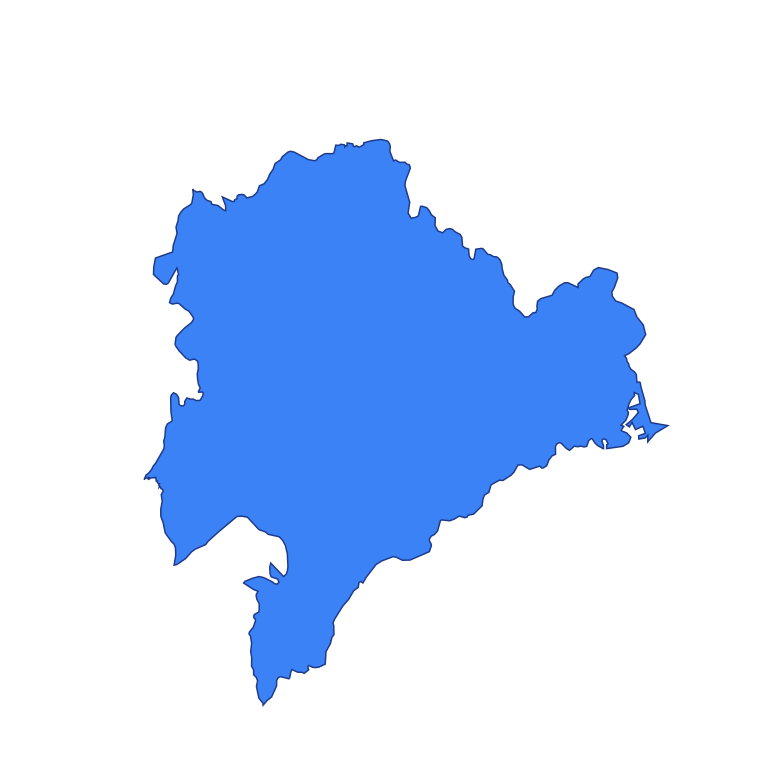 Betioky Atsimo, Atsimo-Andrefana, Madagascar (Robinson projection), rotated 338°
{"feature_id": "10022922B63491232053463", "entity_name": "Betioky Atsimo", "entity_type": "district", "adm_level": 2, "iso_a3": "MDG", "parent_name": "Madagascar", "parent_adm1": "Atsimo-Andrefana", "projection": "robinson", "projection_center": [44.506, -23.693], "detail": "fine", "context": "isolated", "style": "filled", "palette": "blue", "viewbox_px": 768, "rotation_deg": 338, "n_neighbors": 0, "source": "geoboundaries", "source_scale": "gbopen_adm2", "svg_char_len": 6171}
<svg xmlns="http://www.w3.org/2000/svg" viewBox="0 0 768 768"><g transform="rotate(338 384 384)"><path d="M440.1,146.7L438.9,149.3L437.6,148.7L436.5,149.4L436.9,147.5L435.5,146.6L433.7,145.5L432.0,146.0L428.8,144.5L424.0,151.1L422.4,151.1L416.2,148.5L413.9,148.4L407.5,149.5L405.6,150.9L403.5,151.1L398.0,147.7L387.6,135.3L384.5,133.2L381.8,133.0L374.7,135.2L372.3,137.3L365.5,138.9L361.7,143.3L356.5,146.8L352.9,150.5L347.9,153.4L342.7,153.6L338.1,158.8L332.7,160.9L326.6,160.1L325.1,156.3L323.6,155.1L320.0,154.1L318.2,154.8L317.2,157.0L314.4,157.4L313.5,158.7L311.9,158.1L304.2,150.0L303.9,159.4L302.1,164.1L300.4,162.5L297.0,156.4L291.7,152.9L291.9,150.1L288.7,147.4L287.2,143.8L287.3,139.6L286.7,137.7L285.6,136.5L282.3,135.9L280.1,133.2L279.7,131.5L278.2,136.9L273.7,144.1L272.0,145.2L264.0,146.6L260.1,148.5L256.5,151.3L254.2,155.4L249.9,160.7L248.5,166.9L240.4,176.7L237.5,182.4L219.3,181.6L214.3,189.4L211.3,196.1L217.2,208.7L219.3,209.9L221.1,209.9L222.9,208.8L235.4,198.8L235.4,200.6L234.5,205.5L232.9,206.5L230.7,211.9L227.4,215.1L222.4,221.7L218.4,224.6L215.6,228.2L217.7,230.6L222.5,231.6L224.2,232.8L227.7,240.0L230.5,243.6L232.1,250.7L231.6,252.8L228.1,255.1L220.0,257.4L210.7,261.5L208.6,262.9L205.2,268.8L205.2,271.4L206.5,276.6L209.9,285.5L212.7,289.1L217.7,289.9L219.5,292.6L219.4,295.2L217.5,300.4L214.7,304.5L213.0,309.6L211.9,314.6L212.1,318.9L209.2,321.3L209.1,322.3L212.5,323.3L213.0,324.8L211.4,327.1L207.3,330.3L203.5,328.9L201.4,326.4L199.1,325.7L196.0,323.1L192.7,325.5L191.9,327.6L190.7,328.8L188.6,328.9L186.9,327.4L186.4,325.9L188.4,319.8L187.9,316.0L185.6,313.3L182.9,314.4L181.2,316.5L176.1,329.8L174.0,338.3L173.2,339.1L168.1,339.9L165.1,342.8L160.7,351.6L158.3,354.4L157.5,358.1L155.9,361.4L142.4,372.0L139.5,373.5L136.2,376.4L131.8,378.7L129.4,379.2L125.7,382.8L128.1,381.9L129.5,382.7L129.9,384.2L131.0,384.1L130.9,382.6L132.7,383.9L137.2,385.0L136.6,385.7L137.2,386.9L136.4,388.4L137.5,389.0L136.9,389.8L137.5,391.8L138.5,392.4L137.2,393.4L137.6,394.4L136.8,395.5L137.7,395.1L138.2,395.8L138.0,397.5L139.0,398.3L139.3,400.3L136.0,403.2L134.5,409.5L130.1,416.5L127.5,423.2L127.3,429.7L125.4,440.1L127.9,450.5L129.4,454.0L129.3,457.7L126.8,464.7L121.5,473.3L124.2,473.8L134.5,471.6L142.8,467.5L147.1,466.4L158.5,466.1L161.9,464.0L174.9,459.2L198.1,451.7L203.1,453.5L207.5,456.4L213.5,472.2L218.6,476.7L220.3,480.0L229.5,486.3L231.4,490.8L232.1,496.7L230.8,505.1L226.5,517.4L224.3,521.3L221.9,523.8L218.8,524.9L211.9,507.6L209.3,511.3L207.2,517.8L207.2,520.6L212.5,525.2L212.2,528.6L209.8,529.5L207.5,528.0L206.2,525.4L200.1,518.6L196.1,515.7L188.9,514.8L181.1,514.9L179.3,516.0L186.0,525.6L189.6,529.0L186.6,531.4L186.0,533.0L185.5,536.3L186.0,540.9L183.5,546.9L182.3,548.6L177.5,549.1L176.3,550.3L175.8,552.1L176.5,553.5L176.2,555.3L171.9,560.4L166.2,563.6L165.2,565.3L165.8,567.8L164.0,575.2L160.2,582.0L158.8,588.2L155.5,596.0L156.0,600.1L154.2,604.8L155.7,608.2L155.6,611.8L152.4,616.7L150.3,628.4L152.2,634.5L151.6,636.5L156.7,633.8L162.6,632.0L171.3,623.7L173.5,618.5L176.1,616.5L178.6,616.7L185.4,621.7L186.6,621.0L189.7,616.1L191.6,614.3L196.2,619.0L199.9,620.5L201.6,622.4L207.1,620.8L207.4,617.4L208.8,616.8L211.4,619.7L214.0,621.2L217.6,622.1L224.6,621.7L229.9,610.5L237.1,604.6L240.7,599.5L243.7,597.6L246.9,589.2L247.2,586.5L249.9,583.7L262.8,574.3L270.6,570.4L278.3,564.4L283.9,562.9L286.5,558.6L288.4,558.4L289.9,560.6L295.0,556.6L309.0,548.4L315.7,547.2L327.7,547.5L330.6,549.3L335.0,554.3L342.2,557.0L363.3,556.4L367.4,551.6L367.8,549.6L367.3,546.8L368.0,544.8L370.6,542.8L374.5,542.4L378.7,540.2L385.2,531.7L386.7,531.7L393.6,535.4L398.5,535.6L404.3,534.6L408.8,538.2L411.1,538.5L412.8,537.2L418.3,538.2L429.3,533.7L432.5,528.0L435.5,524.6L440.7,523.7L445.4,517.6L454.9,516.4L458.2,518.0L467.8,516.1L471.7,514.3L477.8,509.3L481.7,510.7L487.0,517.7L497.6,518.5L498.7,520.9L500.3,521.5L504.3,520.7L508.5,516.1L513.2,513.5L516.7,513.5L519.6,506.1L521.5,504.5L524.1,503.9L526.1,505.2L528.9,512.0L531.1,515.0L537.1,513.0L540.5,514.9L543.2,515.2L545.9,517.3L548.6,517.7L552.5,513.2L555.8,512.2L556.6,513.1L557.4,517.5L559.0,521.1L562.9,526.0L563.4,526.2L564.5,523.1L564.6,518.8L565.8,517.1L566.8,517.2L568.9,518.4L569.4,523.4L567.8,523.6L566.2,527.3L582.3,531.3L588.8,530.2L592.9,525.9L590.7,520.3L586.6,516.3L586.9,515.4L590.5,513.1L588.4,511.0L594.8,508.1L599.1,503.6L599.9,502.0L599.6,499.4L603.9,494.0L607.2,491.0L612.0,488.6L612.7,485.6L616.0,488.9L614.0,498.2L602.6,497.8L601.7,498.5L602.3,499.6L609.0,502.1L609.2,505.7L600.7,510.1L593.3,512.4L595.5,515.7L599.6,512.6L600.1,520.4L608.1,520.2L608.0,527.6L600.7,527.4L599.6,530.5L605.9,531.9L609.5,530.3L606.9,536.4L617.2,531.2L631.6,528.9L617.0,519.8L618.3,501.3L619.6,497.1L621.2,482.5L622.1,478.8L621.7,477.9L619.1,477.2L621.5,469.8L620.9,466.9L618.5,462.9L617.9,459.7L618.4,457.1L617.8,454.0L618.5,451.1L617.6,447.9L622.5,447.6L631.5,445.0L636.4,442.7L645.1,436.3L646.5,426.3L643.6,416.5L643.7,408.6L634.6,397.8L629.9,393.8L628.6,388.0L629.7,384.1L633.7,380.8L640.5,373.1L641.6,368.5L634.6,361.8L626.3,356.3L621.2,356.9L615.1,361.5L611.3,360.8L608.2,361.2L601.3,364.0L600.1,367.2L592.4,358.9L589.2,357.8L582.6,358.8L577.3,361.2L573.0,364.7L561.4,363.6L557.4,364.8L555.0,369.0L554.2,371.8L551.4,374.7L549.1,373.7L543.2,375.8L539.6,374.6L537.0,367.3L534.0,363.0L533.6,360.7L533.8,357.8L536.4,351.6L539.7,347.0L538.3,339.0L536.9,336.6L537.3,333.7L535.9,328.1L536.8,321.2L538.0,317.2L538.1,312.4L537.2,310.1L536.0,308.3L533.1,306.8L531.3,304.2L528.8,302.6L526.6,296.0L525.6,294.9L519.6,293.4L514.4,301.7L512.9,301.8L511.3,300.3L511.0,297.0L513.0,290.5L510.1,288.2L508.5,285.5L511.1,277.2L510.7,274.0L507.2,269.8L505.2,266.0L503.1,264.5L499.5,263.9L495.1,265.8L491.4,262.4L490.6,256.4L493.8,249.1L491.4,245.1L490.8,239.8L489.7,236.6L486.0,233.5L484.5,233.0L478.8,241.0L475.9,241.3L471.2,240.5L470.4,234.5L475.9,225.1L477.7,208.0L480.0,203.8L489.0,194.1L489.6,192.1L489.4,190.0L487.4,188.5L486.6,186.3L481.5,184.4L478.6,180.6L476.4,180.7L476.6,170.3L478.5,167.0L479.0,164.8L479.1,162.8L478.3,160.0L472.7,156.1L463.3,153.7L455.5,152.8L454.9,154.5L449.8,155.2L447.7,152.9L444.9,152.7L444.8,149.5L440.1,146.7Z" fill="#3b82f6" stroke="#1e3a8a" stroke-width="1.5"/></g></svg>